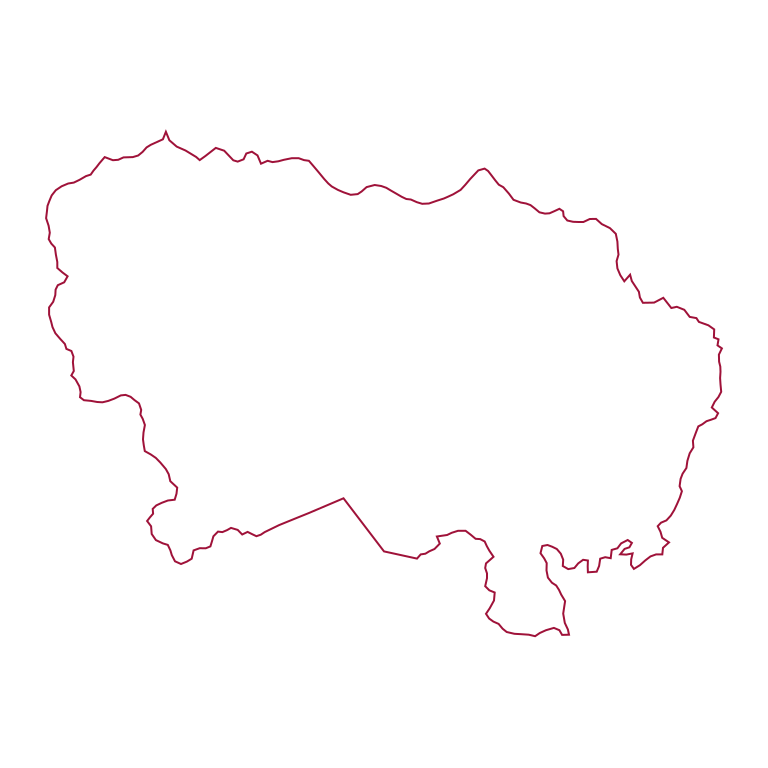 Abelardo Luz, Santa Catarina, Brazil (Albers equal-area conic projection)
{"feature_id": "56859067B19752032380289", "entity_name": "Abelardo Luz", "entity_type": "district", "adm_level": 2, "iso_a3": "BRA", "parent_name": "Brazil", "parent_adm1": "Santa Catarina", "projection": "albers", "projection_center": [-52.247, -26.575], "detail": "fine", "context": "isolated", "style": "outline", "palette": "rose", "viewbox_px": 768, "rotation_deg": 0, "n_neighbors": 0, "source": "geoboundaries", "source_scale": "gbopen_adm2", "svg_char_len": 4469}
<svg xmlns="http://www.w3.org/2000/svg" viewBox="0 0 768 768"><path d="M104.7,157.1L99.4,163.3L96.5,167.1L93.5,170.6L90.7,174.6L86.0,176.1L79.6,179.8L73.8,182.6L68.2,183.5L61.6,186.3L55.8,190.2L51.7,195.4L49.3,201.1L47.5,205.9L47.0,210.8L46.1,218.2L48.6,225.7L49.8,232.7L48.7,239.1L51.3,243.6L54.9,247.5L55.9,254.7L57.3,262.0L57.3,268.0L62.4,272.4L67.6,276.3L64.2,282.3L57.8,285.2L55.6,289.6L55.3,295.1L53.2,301.8L49.1,307.4L49.1,314.7L51.2,321.9L52.5,327.1L55.4,333.3L60.3,339.0L64.9,344.0L66.4,348.9L71.4,351.0L73.5,356.7L72.9,362.2L73.8,371.0L71.3,375.5L75.5,379.4L79.4,386.4L80.6,392.1L80.0,397.2L83.9,400.2L91.1,400.9L97.2,402.0L102.5,402.3L108.3,400.9L114.4,398.6L120.8,395.4L125.6,394.9L130.6,396.8L134.5,400.1L139.0,403.4L141.2,409.9L140.4,414.6L142.7,418.8L144.9,425.0L143.5,432.5L143.0,439.4L143.8,445.4L144.8,451.1L150.7,454.4L155.8,457.9L160.3,462.5L165.8,469.0L168.7,474.2L170.3,481.2L177.2,487.6L176.5,493.7L174.7,499.7L167.9,500.5L161.8,502.8L156.3,505.4L152.7,508.9L153.1,513.7L149.9,517.4L147.1,521.0L151.1,526.3L151.7,534.0L155.9,540.1L162.9,543.4L167.8,544.9L170.4,550.4L171.8,555.1L175.0,561.3L181.0,564.0L186.9,561.6L191.7,558.7L193.6,550.4L199.7,548.2L205.7,548.3L210.4,546.4L212.0,541.2L213.4,536.3L218.0,531.6L222.4,532.1L227.1,530.1L231.0,527.9L237.7,529.9L242.2,534.5L247.6,531.9L252.2,534.2L256.4,536.2L260.8,534.7L264.7,532.1L279.1,525.1L296.3,518.1L308.7,513.1L343.5,498.3L384.0,551.4L417.0,558.6L420.7,554.4L425.4,553.7L429.3,551.3L434.5,549.0L439.8,543.6L436.9,536.5L441.5,535.8L447.1,535.0L451.7,532.8L458.0,530.8L465.6,530.8L470.7,534.7L475.6,538.8L480.2,539.1L484.7,541.5L486.8,546.1L489.3,550.6L493.5,556.8L486.0,563.4L485.2,568.0L487.0,573.4L487.0,578.2L485.2,586.2L489.3,590.3L494.7,592.5L494.0,600.5L489.7,608.3L486.0,613.8L489.1,618.5L493.4,621.6L498.6,623.9L502.6,628.7L506.7,632.0L514.4,633.8L521.4,634.2L528.8,634.7L535.1,636.2L539.8,633.0L546.0,630.2L553.9,627.9L559.4,630.2L562.1,634.9L569.0,634.7L567.9,629.5L564.8,622.9L563.2,613.6L564.2,607.0L565.1,601.1L561.2,594.6L559.0,589.9L556.2,585.5L551.9,582.7L547.9,577.6L546.5,570.4L546.7,563.1L544.2,558.4L540.5,553.2L542.3,546.0L547.5,545.0L552.1,546.7L556.8,549.0L560.8,553.7L563.2,559.7L562.8,566.0L568.2,569.1L574.4,568.0L578.2,563.4L583.1,559.8L587.9,560.5L587.7,566.6L587.9,572.3L596.7,571.7L599.1,566.0L600.2,558.7L605.2,557.2L610.7,558.2L611.7,549.9L617.4,548.3L621.1,543.4L627.7,540.0L631.9,542.9L629.4,547.3L624.6,548.9L620.2,554.3L626.3,554.6L632.6,553.4L631.2,559.3L631.0,564.8L633.9,568.9L639.9,565.2L645.3,560.4L650.5,556.4L656.1,554.4L662.3,554.4L663.0,547.8L669.0,542.4L662.2,537.8L660.5,531.8L657.7,526.2L661.0,522.7L666.4,520.4L670.8,515.6L674.3,509.9L677.1,503.9L679.8,497.7L681.9,491.2L679.6,486.2L680.6,478.9L682.6,473.7L686.4,468.0L687.4,460.8L689.7,453.3L693.4,447.3L692.9,440.7L695.9,432.6L698.3,426.4L702.3,424.3L706.5,421.2L711.1,419.7L715.5,418.1L718.1,413.2L711.8,407.5L714.7,401.7L718.4,397.1L721.2,391.8L720.5,384.3L720.1,378.1L720.5,371.8L720.3,366.6L719.1,361.7L718.9,354.6L721.9,348.4L717.5,345.4L718.5,339.3L713.9,337.5L714.2,329.4L708.4,325.3L698.9,321.9L696.4,318.1L689.7,316.9L684.3,309.8L676.8,306.8L671.3,308.0L663.3,297.8L654.1,302.6L642.9,302.8L639.9,297.5L638.9,291.8L631.8,281.0L630.1,274.7L624.3,281.3L620.3,275.2L617.4,268.4L616.6,261.1L618.5,254.6L617.8,248.9L617.4,241.6L615.8,233.8L609.9,228.1L601.8,224.1L596.0,218.9L589.8,219.0L583.4,222.0L578.5,222.0L573.1,221.8L567.3,220.5L563.6,216.1L563.1,211.3L559.4,208.8L554.5,211.1L549.5,213.3L545.0,213.6L539.4,212.3L534.5,208.2L530.5,205.1L526.1,203.5L520.7,202.5L513.5,199.8L508.9,193.6L503.3,187.2L498.8,184.7L495.3,180.4L490.9,174.6L488.1,171.0L484.6,168.6L478.3,170.4L470.2,179.0L465.3,184.8L460.6,189.9L453.2,194.3L448.0,196.7L443.9,198.5L437.3,200.6L428.9,203.5L422.2,203.8L416.9,202.2L410.8,199.5L406.3,199.0L401.7,196.8L396.2,193.6L390.8,190.5L386.3,187.8L381.2,186.0L374.7,185.0L366.6,187.1L361.6,191.5L357.7,194.1L350.7,194.8L343.5,192.3L337.9,189.9L331.8,186.5L328.3,183.5L324.2,179.0L318.6,172.2L313.2,165.8L308.9,160.8L304.0,160.1L298.7,158.2L291.8,158.2L283.9,159.8L278.3,161.3L272.5,162.1L267.6,160.8L261.0,163.7L257.5,155.4L251.9,151.7L246.3,153.5L243.6,159.3L237.7,161.6L233.3,160.3L224.2,150.7L215.8,147.9L205.4,156.0L199.7,160.1L196.2,157.0L185.5,150.5L176.7,146.6L169.4,140.3L165.9,131.8L162.9,139.3L150.8,144.8L146.6,147.4L142.6,151.9L138.2,155.5L132.8,157.1L123.5,157.4L118.2,159.8L112.9,160.2L104.7,157.1Z" fill="none" stroke="#9f1239" stroke-width="2"/></svg>